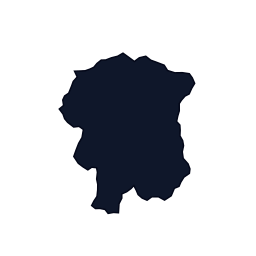 Itapevi, São Paulo, Brazil, rotated 313°
{"feature_id": "56859067B43997995571258", "entity_name": "Itapevi", "entity_type": "district", "adm_level": 2, "iso_a3": "BRA", "parent_name": "Brazil", "parent_adm1": "São Paulo", "projection": "albers", "projection_center": [-46.972, -23.55], "detail": "fine", "context": "isolated", "style": "filled", "palette": "ink", "viewbox_px": 256, "rotation_deg": 313, "n_neighbors": 0, "source": "geoboundaries", "source_scale": "gbopen_adm2", "svg_char_len": 1263}
<svg xmlns="http://www.w3.org/2000/svg" viewBox="0 0 256 256"><g transform="rotate(313 128 128)"><path d="M133.1,50.2L130.7,56.1L124.8,56.2L120.1,58.2L113.0,60.9L108.2,59.8L104.0,61.2L100.6,65.5L95.0,64.8L93.9,71.0L91.6,75.3L91.0,80.0L91.7,87.6L95.8,91.1L96.5,96.4L89.7,100.9L83.2,102.4L76.9,104.9L70.2,107.8L68.3,115.7L68.9,121.5L70.0,127.2L74.6,128.2L77.5,132.1L74.8,135.8L69.3,139.9L66.2,144.3L62.0,148.1L56.8,152.0L51.4,152.9L46.5,154.3L46.9,159.1L50.1,162.4L52.8,166.8L52.0,171.7L56.4,175.0L59.5,178.8L66.4,173.1L72.5,171.3L75.5,168.4L80.5,170.5L85.8,171.5L89.9,171.5L88.1,176.6L86.2,180.8L86.4,186.1L88.2,191.2L93.9,192.3L98.5,197.2L100.2,203.9L107.9,205.8L115.5,203.0L120.1,205.1L124.5,203.5L130.2,202.4L136.7,203.8L140.3,201.2L142.7,196.4L143.4,189.1L147.6,183.9L152.9,180.7L156.0,176.6L157.7,171.3L162.0,167.6L165.5,163.9L165.9,159.1L170.5,156.3L175.5,153.8L180.8,148.8L184.8,148.1L190.2,147.9L194.6,149.5L200.5,147.5L206.1,146.3L208.5,140.8L209.5,135.8L205.5,130.0L200.3,124.6L197.0,117.7L198.6,111.6L195.5,104.0L193.1,98.4L192.6,92.1L187.1,88.4L181.0,87.3L180.2,80.3L179.3,73.3L173.4,71.5L168.0,68.0L162.5,65.3L159.4,62.1L154.0,61.3L149.1,61.6L145.1,60.0L140.7,57.7L136.5,53.6L133.1,50.2Z" fill="#0f172a" stroke="#020617" stroke-width="1.5"/></g></svg>